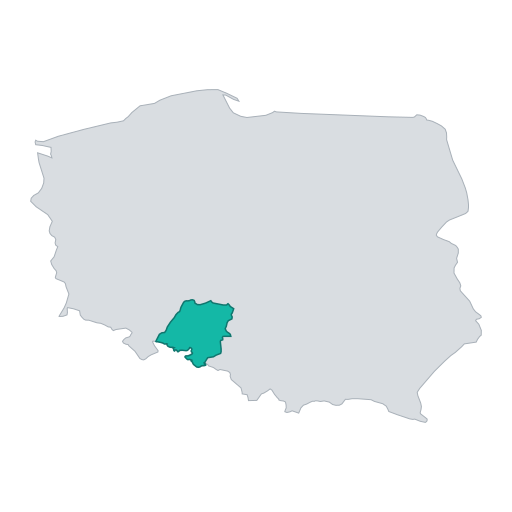 location of Opole within Poland
{"feature_id": "POL-3167", "entity_name": "Opole", "entity_type": "Voivodeship", "adm_level": 1, "iso_a3": "POL", "parent_name": "Poland", "parent_adm1": "", "projection": "robinson", "projection_center": [17.773, 50.56], "detail": "fine", "context": "in_parent", "style": "filled", "palette": "teal", "viewbox_px": 512, "rotation_deg": 0, "n_neighbors": 0, "source": "natural_earth", "source_scale": "10m", "svg_char_len": 5699}
<svg xmlns="http://www.w3.org/2000/svg" viewBox="0 0 512 512"><path d="M457.2,278.9L459.8,282.8L460.8,285.9L459.9,288.3L460.3,290.8L469.7,301.2L473.3,308.9L475.6,311.8L480.8,315.7L481.3,317.3L479.3,318.7L476.4,319.3L475.6,320.7L478.8,324.2L481.3,330.3L481.2,335.2L479.6,336.5L477.5,339.4L476.2,342.1L464.3,343.9L461.6,346.8L455.3,352.4L450.9,355.5L444.5,361.3L434.4,371.3L419.7,388.4L417.2,392.3L417.8,395.5L420.7,403.1L421.4,406.5L421.0,409.6L420.2,412.4L420.4,413.7L427.0,418.9L427.2,420.0L426.7,421.4L425.4,422.4L420.3,421.3L414.7,419.1L412.8,419.4L409.8,418.9L397.3,414.7L388.8,411.5L387.9,409.3L386.3,406.2L382.7,403.7L374.4,401.4L371.1,399.7L357.8,398.7L352.0,398.7L348.0,399.4L345.4,399.3L341.9,403.9L339.4,405.2L335.8,405.3L332.6,404.5L329.3,402.1L324.1,400.9L320.4,401.5L317.6,400.9L315.3,400.8L314.4,401.3L312.5,401.2L309.8,402.4L306.8,404.0L303.4,405.2L300.9,407.9L298.7,413.1L292.1,410.8L290.0,411.8L286.9,412.5L284.8,411.7L285.3,410.0L286.2,407.9L286.1,405.1L285.5,402.0L283.5,401.0L280.5,400.6L278.9,400.0L278.7,399.0L277.2,397.6L274.5,394.3L271.9,390.1L270.1,388.9L267.6,390.8L263.8,393.1L261.4,393.9L256.8,400.4L248.5,400.6L248.0,397.6L247.1,394.7L242.2,393.9L242.1,392.2L241.0,387.9L231.3,379.6L230.1,376.1L230.5,374.7L229.8,372.5L227.7,371.1L220.0,369.5L218.0,370.5L216.2,369.5L213.4,367.5L208.6,365.9L208.1,365.0L206.3,363.6L205.3,363.5L204.7,364.3L203.3,365.5L198.3,367.1L196.3,366.4L194.5,365.1L192.5,362.2L189.5,359.7L187.0,358.8L185.6,357.5L185.3,356.5L190.8,354.4L192.0,352.3L191.3,348.4L190.4,347.9L188.3,349.3L183.7,350.4L179.5,350.9L177.3,350.9L165.4,343.9L157.6,341.7L153.0,341.1L152.5,341.8L154.5,345.8L158.1,350.7L157.9,352.0L151.2,354.8L148.3,356.5L145.8,358.8L143.7,359.9L141.9,359.6L139.9,358.5L135.0,351.3L128.8,345.8L128.1,344.5L126.1,344.3L123.4,343.0L122.5,341.3L123.9,339.5L125.8,337.9L129.2,336.9L130.2,336.0L130.8,334.6L132.1,332.8L131.8,332.1L129.4,330.0L125.9,328.1L116.0,329.5L113.3,330.6L111.8,329.2L110.7,327.2L108.2,326.9L104.8,325.0L100.8,323.3L96.9,322.8L88.8,320.2L85.6,320.1L83.8,319.2L81.9,317.2L80.3,315.1L79.6,310.8L73.6,308.8L67.6,307.6L67.2,308.2L67.4,312.6L67.0,314.9L63.0,316.3L59.1,316.5L59.3,315.8L64.1,307.9L66.3,303.0L68.9,294.0L66.1,286.9L65.4,283.6L64.1,282.0L55.9,278.6L55.3,277.4L56.7,272.7L56.1,270.7L54.2,268.6L51.7,264.5L50.7,261.0L54.1,256.8L56.5,249.7L57.8,246.7L55.7,245.1L55.1,242.9L55.8,239.6L54.7,237.2L51.8,235.6L50.0,233.5L49.2,230.9L49.9,226.8L52.3,221.3L47.7,214.6L36.2,206.8L30.7,201.3L31.2,198.2L33.8,195.4L38.3,192.9L41.7,188.4L43.7,183.0L44.0,178.2L39.1,162.7L38.4,158.8L37.6,152.8L47.7,156.1L51.9,157.9L51.4,155.8L50.6,154.1L51.2,151.4L51.0,147.4L41.8,145.4L35.7,144.7L35.1,142.0L35.7,140.2L37.4,141.2L43.4,141.7L58.2,136.3L83.7,129.4L110.8,122.9L117.1,122.2L123.5,120.8L125.9,118.4L128.2,116.7L131.9,112.5L140.1,105.8L154.5,103.4L159.9,100.2L171.1,95.8L196.7,90.8L207.4,89.7L217.9,89.6L227.2,93.5L237.1,98.3L238.9,101.2L233.6,99.4L225.8,95.1L222.9,94.9L229.6,108.1L233.3,112.8L240.7,116.3L246.9,117.5L265.9,115.3L272.6,112.6L274.5,111.2L276.3,111.9L301.2,113.4L387.9,116.8L412.9,117.4L414.4,117.0L416.8,114.8L420.0,115.1L423.7,116.5L425.4,117.5L426.2,118.7L426.7,120.0L428.7,120.3L432.4,121.3L437.4,123.7L441.4,125.9L445.2,129.2L446.5,132.9L446.7,137.0L446.6,139.7L452.7,160.2L461.8,178.9L465.3,188.0L466.7,192.8L468.0,199.8L468.5,204.7L468.5,207.5L468.0,211.3L465.6,213.5L449.5,220.0L446.5,222.0L441.8,227.0L437.5,232.1L436.6,233.9L436.3,235.1L437.4,236.8L443.3,239.5L449.3,241.7L451.3,243.4L455.7,245.5L457.3,247.4L458.3,249.1L458.3,253.0L456.6,258.3L457.5,262.3L455.6,265.0L454.1,267.9L454.0,273.1L457.2,278.9Z" fill="#d9dde1" stroke="#a8b0b8" stroke-width="1"/><path d="M156.6,341.8L155.9,341.5L156.1,340.8L159.4,334.3L161.8,332.8L164.6,332.5L166.2,330.2L167.3,327.0L170.5,322.1L174.3,317.6L176.0,314.6L178.1,312.4L179.6,311.6L180.3,309.9L180.6,308.4L181.1,307.0L183.7,302.2L184.9,301.2L186.4,300.8L187.9,300.9L189.5,300.6L191.0,299.9L192.6,299.8L194.1,300.4L194.7,301.6L194.9,303.0L197.3,304.6L200.2,304.7L205.6,303.1L210.8,300.7L211.8,302.1L213.1,303.0L223.3,305.0L226.5,305.0L227.1,304.6L227.5,304.0L228.0,303.7L229.2,304.9L230.3,306.5L233.7,308.7L232.2,313.1L231.6,313.6L231.3,314.5L231.6,315.8L232.2,316.9L231.9,318.9L228.3,320.7L227.1,322.7L226.3,326.3L225.2,328.6L226.1,330.8L227.3,332.1L228.8,333.0L230.3,334.3L230.8,336.3L224.2,336.3L222.9,336.5L222.3,337.8L222.8,338.8L222.7,339.8L221.7,340.2L220.7,340.4L220.3,341.5L221.1,348.9L221.1,351.8L220.6,353.4L216.2,355.1L213.4,356.8L207.7,357.7L205.0,362.0L204.9,362.9L204.2,362.8L204.4,364.1L204.6,364.2L205.0,364.1L205.4,364.1L205.7,364.5L205.8,365.0L205.5,365.3L204.0,365.7L202.2,365.7L201.4,365.9L200.0,366.9L198.4,367.3L196.7,367.0L193.7,364.6L193.2,364.0L192.9,363.3L192.6,362.6L192.3,362.0L191.8,361.5L191.4,361.2L191.2,360.9L191.4,360.5L191.8,360.2L191.2,359.9L189.9,359.4L189.3,359.3L188.8,359.4L188.4,359.6L188.0,359.7L187.3,359.4L185.0,357.1L185.0,356.7L185.3,356.2L185.8,355.9L188.0,355.9L189.2,355.5L191.2,354.6L192.1,353.9L192.5,353.1L191.8,352.0L191.3,351.6L191.2,351.0L191.3,350.5L191.8,349.5L191.9,349.3L191.9,349.1L191.8,348.8L191.0,347.9L190.7,347.7L189.9,347.5L189.6,347.6L189.5,348.0L189.3,348.5L187.9,350.0L187.1,350.5L186.1,350.7L182.0,350.2L179.8,350.3L178.5,351.6L178.2,351.7L178.0,351.8L177.8,351.7L177.5,351.6L177.1,350.6L176.1,349.9L175.1,350.0L174.6,351.0L174.0,350.7L173.7,350.1L173.6,349.3L173.6,348.6L173.4,348.5L173.3,348.3L173.1,348.1L173.0,347.9L173.8,347.6L172.9,347.3L170.7,347.3L169.6,347.1L168.0,346.3L167.6,345.9L167.3,345.4L167.0,344.7L166.9,344.0L167.0,343.9L166.5,343.7L165.1,344.0L164.4,344.0L163.9,343.7L162.8,343.0L162.3,342.8L157.6,341.7L156.6,341.8Z" fill="#14b8a6" stroke="#0f766e" stroke-width="1.5"/></svg>